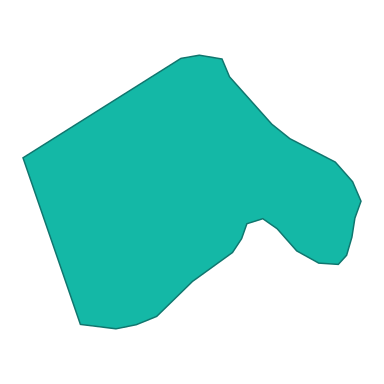 Dobje, Robinson projection
{"feature_id": "SVN-252", "entity_name": "Dobje", "entity_type": "Municipality", "adm_level": 1, "iso_a3": "SVN", "parent_name": "Slovenia", "parent_adm1": "", "projection": "robinson", "projection_center": [15.416, 46.13], "detail": "fine", "context": "isolated", "style": "filled", "palette": "teal", "viewbox_px": 384, "rotation_deg": 0, "n_neighbors": 0, "source": "natural_earth", "source_scale": "10m", "svg_char_len": 449}
<svg xmlns="http://www.w3.org/2000/svg" viewBox="0 0 384 384"><path d="M80.4,324.4L23.0,157.8L180.9,58.4L199.3,55.2L222.0,59.0L229.5,76.8L271.8,124.2L289.9,138.7L335.3,162.1L352.6,181.7L361.0,201.2L354.9,218.1L351.9,237.2L346.6,255.3L338.3,264.4L318.7,263.1L296.7,250.9L277.1,228.7L262.8,218.7L246.9,223.7L241.6,238.7L232.5,252.5L192.5,281.4L156.7,316.4L136.3,324.7L115.9,328.8L80.4,324.4Z" fill="#14b8a6" stroke="#0f766e" stroke-width="1.5"/></svg>